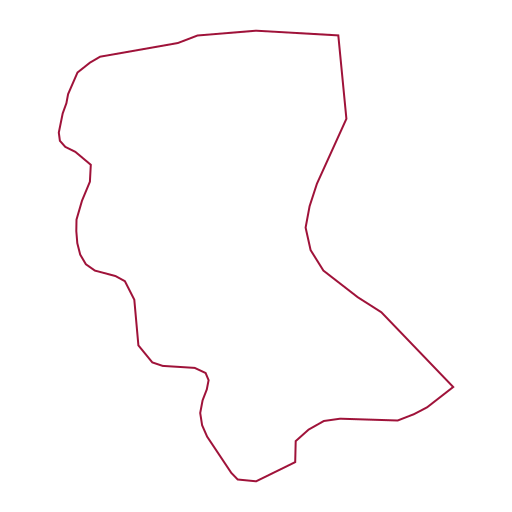 the border of Hưng Yên
{"feature_id": "VNM-461", "entity_name": "Hưng Yên", "entity_type": "Province", "adm_level": 1, "iso_a3": "VNM", "parent_name": "Vietnam", "parent_adm1": "", "projection": "orthographic", "projection_center": [106.031, 20.808], "detail": "fine", "context": "isolated", "style": "outline", "palette": "rose", "viewbox_px": 512, "rotation_deg": 0, "n_neighbors": 0, "source": "natural_earth", "source_scale": "10m", "svg_char_len": 809}
<svg xmlns="http://www.w3.org/2000/svg" viewBox="0 0 512 512"><path d="M453.2,387.0L427.1,407.3L414.1,414.1L397.7,420.5L340.1,418.7L323.8,421.0L308.6,429.6L295.7,441.1L295.2,462.1L256.1,481.3L237.7,479.5L231.3,472.9L207.1,436.6L202.1,425.2L200.2,413.0L202.6,400.3L206.8,389.4L208.6,380.2L205.6,373.0L194.7,367.9L180.5,367.0L162.7,365.9L152.3,362.4L138.4,345.4L134.3,299.7L124.9,281.2L115.6,276.1L94.9,270.6L85.9,264.3L80.2,254.6L77.3,243.2L76.3,231.1L76.5,219.6L82.0,200.7L89.9,181.7L90.8,164.8L75.4,151.9L65.3,146.9L59.9,140.8L58.8,132.6L62.7,113.4L66.4,103.2L68.1,94.1L77.5,72.5L90.0,62.6L100.1,56.7L177.9,43.0L197.5,35.5L256.0,30.7L338.3,35.4L346.4,118.8L316.9,183.8L309.6,206.2L305.6,227.6L310.6,250.1L323.4,270.6L357.7,297.2L381.4,312.3L453.2,387.0Z" fill="none" stroke="#9f1239" stroke-width="2"/></svg>